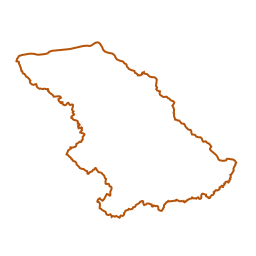 Entrerrios, Antioquia, Colombia (Mercator projection), rotated 174°
{"feature_id": "7082276B40374879767570", "entity_name": "Entrerrios", "entity_type": "district", "adm_level": 2, "iso_a3": "COL", "parent_name": "Colombia", "parent_adm1": "Antioquia", "projection": "mercator", "projection_center": [-75.561, 6.592], "detail": "fine", "context": "isolated", "style": "outline", "palette": "amber", "viewbox_px": 256, "rotation_deg": 174, "n_neighbors": 0, "source": "geoboundaries", "source_scale": "gbopen_adm2", "svg_char_len": 5744}
<svg xmlns="http://www.w3.org/2000/svg" viewBox="0 0 256 256"><g transform="rotate(174 128 128)"><path d="M232.0,206.0L231.5,205.7L230.6,205.7L229.6,205.1L229.8,203.4L229.0,201.9L229.0,200.6L228.4,199.5L228.2,197.3L228.0,196.9L228.0,195.8L227.2,195.4L227.0,193.7L226.7,193.2L225.8,192.9L225.1,192.4L223.8,189.6L222.6,189.0L221.9,188.0L221.1,187.2L221.0,186.6L220.1,185.3L220.7,184.7L220.6,183.2L219.0,181.4L217.5,180.8L214.8,181.3L214.5,180.6L214.5,179.4L214.0,178.2L213.1,177.1L212.0,176.3L210.5,176.3L209.2,175.7L208.3,175.6L207.1,175.9L205.1,175.1L203.6,175.2L203.4,174.8L203.7,173.9L203.6,173.1L203.0,173.0L202.8,171.9L201.9,170.9L199.3,168.6L198.6,166.9L193.2,166.8L192.1,166.3L191.6,165.5L191.7,164.9L193.9,164.2L194.3,163.6L194.2,163.0L193.7,161.7L192.8,161.0L192.5,160.0L191.9,159.8L191.0,160.7L190.5,160.6L190.4,158.5L190.0,158.0L188.3,157.2L187.6,157.3L185.4,159.2L184.7,159.3L183.6,157.1L183.0,156.9L181.2,157.3L180.4,156.8L180.5,155.2L181.7,152.4L181.6,151.6L180.5,150.1L181.3,149.6L181.5,149.0L180.2,147.4L180.2,146.9L181.4,146.4L182.9,145.3L183.3,144.8L183.3,143.9L182.9,143.6L182.2,143.5L181.9,142.5L181.2,141.9L178.1,140.6L177.4,140.1L177.2,139.3L177.5,137.8L176.7,137.8L175.7,136.3L175.9,136.0L177.2,135.7L177.4,135.4L177.5,134.8L177.2,132.9L176.7,132.9L175.9,133.5L175.1,132.8L174.2,133.4L173.7,132.9L174.2,131.8L173.9,130.7L175.8,129.0L176.0,128.5L172.7,127.1L172.1,126.6L172.0,126.1L172.3,125.5L174.0,123.9L174.2,121.4L174.4,121.0L175.3,120.7L175.8,119.3L176.5,119.0L177.6,119.4L179.6,118.1L180.8,117.7L181.1,117.5L181.4,115.7L182.3,114.9L185.2,114.3L187.2,114.8L187.3,114.4L187.0,113.5L190.0,111.9L190.3,110.8L191.9,108.2L190.1,106.9L189.2,105.4L188.2,104.8L187.5,103.1L186.7,102.8L186.7,102.1L186.0,100.9L184.3,100.3L183.4,99.4L183.0,98.5L183.0,97.1L180.7,94.4L180.1,93.2L178.2,92.2L176.4,91.8L174.7,90.0L173.2,89.4L173.0,89.0L173.1,87.0L172.8,86.7L172.2,86.5L170.3,88.2L168.4,88.5L167.4,89.8L166.1,90.2L165.1,91.4L164.4,91.6L163.9,91.1L163.6,89.6L162.9,88.9L162.2,87.4L161.6,87.0L160.2,86.7L159.0,86.1L158.1,84.7L156.8,83.3L156.0,80.3L155.1,79.6L156.1,76.9L155.9,75.8L156.1,75.1L155.6,74.6L153.1,74.4L152.7,73.8L152.4,71.9L151.1,71.5L150.7,71.0L150.7,69.2L152.3,66.4L152.5,63.1L152.9,62.7L153.4,62.7L155.2,64.4L156.0,64.5L159.3,59.7L160.7,58.4L161.3,58.5L161.6,59.0L163.0,60.2L163.3,61.0L163.6,61.0L164.2,60.8L165.6,59.5L166.2,58.2L166.0,57.6L165.0,57.6L164.6,57.2L163.9,56.0L164.0,53.8L164.6,51.8L164.6,51.1L163.2,50.3L162.2,49.1L159.3,47.1L158.9,46.5L158.7,45.0L157.9,43.9L156.3,43.5L154.5,44.0L153.6,42.3L153.5,41.3L152.1,42.0L151.5,41.8L150.5,41.2L148.9,41.7L145.8,39.7L145.4,40.0L144.9,41.2L144.4,41.7L142.6,41.1L141.7,41.5L141.0,42.3L140.9,43.7L139.9,44.7L139.0,46.1L136.6,46.5L135.7,47.5L134.5,46.8L132.3,47.1L131.8,47.4L131.2,48.6L129.2,48.9L128.0,50.7L124.7,52.1L123.7,53.3L123.0,53.2L122.2,53.9L121.2,53.8L120.6,53.5L120.7,51.5L120.0,49.7L118.9,50.0L118.3,50.0L116.9,50.9L114.8,50.6L113.5,49.7L112.5,49.5L112.3,48.9L112.5,48.0L112.0,47.3L111.3,47.4L110.8,48.1L110.3,48.3L109.0,47.4L107.6,47.5L106.8,47.2L106.2,46.2L106.3,43.8L104.8,42.5L103.5,42.1L103.0,42.2L101.9,43.7L101.4,44.0L101.4,44.6L100.6,45.4L100.2,47.5L99.6,48.3L98.4,49.0L97.8,50.0L96.5,50.4L95.6,51.3L94.8,50.6L92.7,50.8L91.6,50.6L89.9,50.9L88.2,50.6L87.9,51.3L87.3,51.6L84.2,49.6L82.3,49.8L80.7,49.1L80.2,49.5L79.8,48.5L79.3,48.2L78.0,49.2L77.5,49.2L76.5,50.3L75.5,50.4L74.4,51.1L72.0,51.3L71.5,52.2L70.1,51.1L68.1,51.1L67.5,50.6L66.1,51.6L65.3,51.6L64.6,50.2L63.9,49.9L62.7,50.5L62.3,51.2L62.3,52.8L61.8,54.0L61.3,54.7L60.5,54.9L58.7,54.1L58.1,53.6L57.4,53.5L57.6,52.3L57.4,52.0L56.8,51.7L56.3,51.1L55.5,50.8L55.1,49.9L54.3,49.8L53.6,50.1L53.2,51.1L52.5,51.8L51.6,52.5L50.5,52.6L49.8,53.2L49.1,54.3L49.5,54.9L49.4,55.4L48.4,55.8L47.4,56.9L46.8,57.0L46.0,56.5L44.1,57.1L43.2,58.0L43.2,59.2L42.6,59.2L42.1,59.8L41.4,60.1L41.0,60.7L40.5,60.6L40.2,59.6L39.9,59.5L40.1,60.6L38.5,61.0L38.2,61.4L38.1,62.7L37.6,62.9L37.6,62.6L37.3,62.6L36.5,64.2L34.2,64.4L33.9,63.4L33.3,63.8L33.1,64.4L32.6,64.7L32.2,66.3L32.1,66.7L31.6,66.7L31.7,67.5L30.9,68.3L31.1,69.1L30.6,70.5L30.9,70.8L29.9,71.3L27.5,74.3L27.3,74.6L27.5,76.1L26.7,77.9L24.9,80.3L25.0,80.8L24.7,81.6L24.0,82.1L25.0,84.2L26.6,85.6L32.1,87.0L33.0,86.9L33.8,85.6L35.6,85.4L37.2,85.5L38.4,85.8L40.1,86.3L40.9,86.9L41.4,87.7L42.1,90.1L43.3,92.1L48.1,97.1L48.7,98.3L48.5,99.1L47.1,100.8L48.9,103.9L49.5,104.1L51.1,105.3L52.2,106.7L54.2,106.4L55.0,106.9L55.8,109.9L56.8,111.1L58.4,111.3L60.7,112.2L61.2,112.5L61.7,113.7L62.2,114.2L65.0,114.9L65.5,116.9L65.4,118.0L65.6,119.0L65.9,119.4L67.1,119.7L68.5,120.5L70.5,123.1L71.6,126.1L74.3,127.0L76.3,130.1L77.7,130.2L78.7,131.0L80.4,131.5L80.4,133.0L80.9,134.2L80.8,136.9L80.6,137.6L81.1,138.3L80.6,139.2L80.6,140.2L80.2,141.8L81.5,145.7L80.4,146.6L79.3,148.5L80.1,149.8L82.5,151.0L84.1,153.1L85.1,153.5L86.1,154.9L86.8,155.2L87.1,155.0L89.7,155.2L92.7,157.7L93.0,159.4L92.3,161.0L95.1,162.3L95.9,163.7L95.1,164.6L94.8,165.2L95.8,166.8L94.3,173.0L94.6,173.8L95.7,175.2L96.5,175.7L99.0,176.1L100.9,176.8L102.0,177.8L103.1,179.4L105.7,180.3L106.2,180.9L106.3,181.9L106.8,181.6L107.6,181.6L108.0,180.3L108.5,180.6L108.8,179.7L109.9,179.2L111.2,179.1L112.0,179.6L112.6,179.3L113.5,181.0L115.3,182.3L115.7,184.1L117.9,184.9L120.8,186.5L121.7,188.0L122.6,189.1L122.8,190.8L123.3,191.8L124.9,192.7L126.0,194.7L128.7,195.6L131.7,197.3L132.6,198.4L133.6,201.3L135.1,203.2L136.3,203.8L140.8,205.3L143.2,206.6L144.7,208.8L145.1,210.7L147.1,214.9L148.8,216.3L151.2,216.3L156.3,213.7L158.1,213.6L160.0,214.2L164.2,214.2L177.7,212.6L195.1,212.7L198.3,212.1L199.9,210.8L200.8,210.5L203.7,210.2L209.3,210.2L211.6,210.7L213.3,211.5L217.7,212.2L225.4,211.7L228.7,211.1L229.1,210.8L229.9,209.6L231.0,208.5L232.0,206.0Z" fill="none" stroke="#b45309" stroke-width="2"/></g></svg>